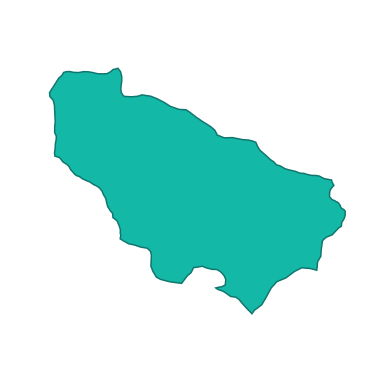 the district of Qabala District, Qəbələ, Azerbaijan, rotated 98°
{"feature_id": "54616110B33746839775993", "entity_name": "Qabala District", "entity_type": "district", "adm_level": 2, "iso_a3": "AZE", "parent_name": "Azerbaijan", "parent_adm1": "Qəbələ", "projection": "orthographic", "projection_center": [47.798, 40.94], "detail": "fine", "context": "isolated", "style": "filled", "palette": "teal", "viewbox_px": 384, "rotation_deg": 98, "n_neighbors": 0, "source": "geoboundaries", "source_scale": "gbopen_adm2", "svg_char_len": 2638}
<svg xmlns="http://www.w3.org/2000/svg" viewBox="0 0 384 384"><g transform="rotate(98 192 192)"><path d="M205.3,39.5L204.3,39.4L200.9,39.4L198.5,38.1L196.4,37.5L194.0,37.1L191.3,37.4L189.8,37.6L188.4,38.9L187.5,41.2L186.7,42.5L184.9,43.2L183.8,44.3L182.5,45.3L181.8,46.6L181.5,48.0L180.6,49.7L180.4,51.2L180.0,52.3L178.4,54.2L177.5,55.2L173.2,55.6L170.7,55.4L167.9,53.9L165.7,52.4L162.6,54.8L161.7,55.1L160.7,55.4L160.4,63.0L158.5,68.2L158.4,71.7L158.9,75.9L158.6,80.5L158.0,83.5L158.3,87.9L157.2,92.1L156.7,98.0L156.1,102.8L153.8,108.5L153.4,112.1L150.7,115.4L149.1,118.7L147.6,120.9L145.1,124.5L143.5,127.0L141.0,130.8L137.3,133.7L133.9,135.7L133.1,139.3L132.7,143.4L133.1,149.1L132.5,159.5L133.9,167.6L131.9,175.5L131.1,175.5L127.4,178.3L124.6,182.8L122.5,187.3L120.7,191.5L117.3,198.4L116.8,199.2L113.2,205.5L111.4,209.4L112.0,216.3L110.2,225.4L107.2,231.9L104.5,239.6L102.9,246.2L102.8,255.3L103.2,255.9L104.7,259.0L106.0,264.4L106.4,268.1L106.7,271.9L106.2,273.5L103.3,275.9L99.5,276.9L97.0,277.0L94.3,277.0L91.6,277.0L86.9,277.8L82.7,279.6L79.8,282.6L80.4,283.9L81.0,285.3L81.7,287.2L84.3,289.4L86.7,292.7L87.5,297.5L88.0,302.0L87.5,307.5L87.4,311.5L87.9,316.1L89.5,320.9L90.0,326.0L89.7,329.8L90.4,333.4L91.5,335.8L94.5,336.9L97.6,339.7L101.1,341.3L106.3,343.6L109.4,345.1L113.4,346.9L116.3,346.2L117.3,346.0L120.5,342.2L125.8,340.1L127.6,339.9L131.6,339.1L136.8,338.1L141.8,337.2L146.1,337.1L152.3,336.3L155.4,334.2L158.7,333.8L163.4,334.0L167.6,333.6L172.5,333.6L172.9,333.5L175.6,332.7L176.3,328.1L177.6,326.6L180.3,323.8L181.5,321.1L182.5,319.0L184.5,316.8L186.9,315.2L188.6,313.0L190.8,310.6L192.0,308.2L192.2,306.1L194.3,301.9L195.5,297.9L196.2,294.8L198.5,290.1L199.1,287.7L200.8,284.2L203.8,281.1L206.8,279.4L210.7,276.3L214.6,275.0L218.1,273.5L222.3,270.0L224.1,267.7L228.4,266.7L230.7,262.5L232.3,261.4L235.8,259.3L239.6,257.6L242.6,257.4L244.8,256.5L248.4,256.6L250.0,252.9L252.1,247.5L252.5,241.5L253.7,235.2L253.9,228.4L256.7,224.7L260.4,223.4L271.1,222.4L276.1,219.6L281.3,215.4L282.9,211.0L284.0,201.6L284.0,195.6L283.9,189.6L275.4,184.8L272.0,181.7L266.6,179.9L265.8,176.6L264.1,171.6L265.2,166.9L265.8,161.4L265.3,156.7L266.7,153.1L268.5,150.6L271.0,148.1L274.2,146.3L279.6,146.2L281.8,149.7L282.8,153.0L283.7,155.1L284.9,152.8L286.0,147.3L287.3,144.4L290.1,139.2L290.0,134.1L291.7,130.7L295.1,127.0L298.7,122.7L301.4,119.3L304.2,115.7L300.4,113.7L293.9,107.2L286.4,104.1L275.9,100.2L268.9,95.4L264.1,87.2L256.3,79.3L251.8,72.8L251.3,64.2L252.1,57.6L248.9,57.6L243.6,57.9L237.7,55.5L231.4,56.0L222.0,56.0L218.1,52.8L214.9,47.2L207.2,41.8L205.3,39.5Z" fill="#14b8a6" stroke="#0f766e" stroke-width="1.5"/></g></svg>